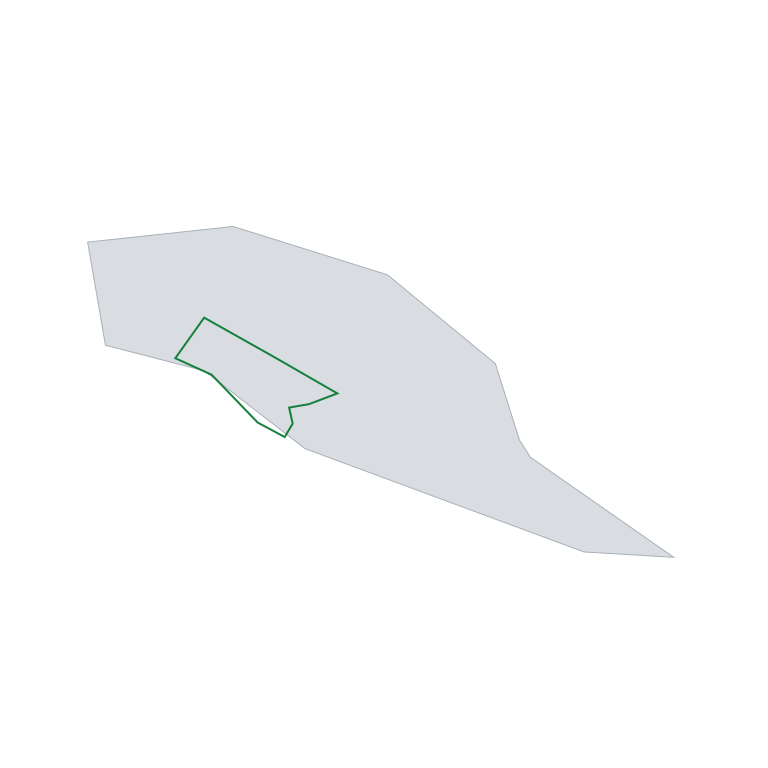 Ngchesar on a map of Palau (Robinson projection), rotated 102°
{"feature_id": "PLW-5255", "entity_name": "Ngchesar", "entity_type": "state/province", "adm_level": 1, "iso_a3": "PLW", "parent_name": "Palau", "parent_adm1": "", "projection": "robinson", "projection_center": [134.604, 7.467], "detail": "fine", "context": "in_parent", "style": "outline", "palette": "green", "viewbox_px": 768, "rotation_deg": 102, "n_neighbors": 0, "source": "natural_earth", "source_scale": "10m", "svg_char_len": 503}
<svg xmlns="http://www.w3.org/2000/svg" viewBox="0 0 768 768"><g transform="rotate(102 384 384)"><path d="M404.0,664.5L306.8,703.4L261.3,564.4L276.5,403.3L340.9,279.4L410.9,239.7L425.3,225.5L493.3,64.6L506.7,153.4L463.7,447.7L408.5,562.3L404.0,664.5Z" fill="#d9dde1" stroke="#a8b0b8" stroke-width="1"/><path d="M456.5,470.1L448.0,499.5L410.8,554.5L402.2,593.5L356.5,573.7L380.4,497.3L402.9,427.7L419.3,453.2L426.8,471.9L441.7,465.1L456.5,470.1Z" fill="none" stroke="#15803d" stroke-width="2"/></g></svg>